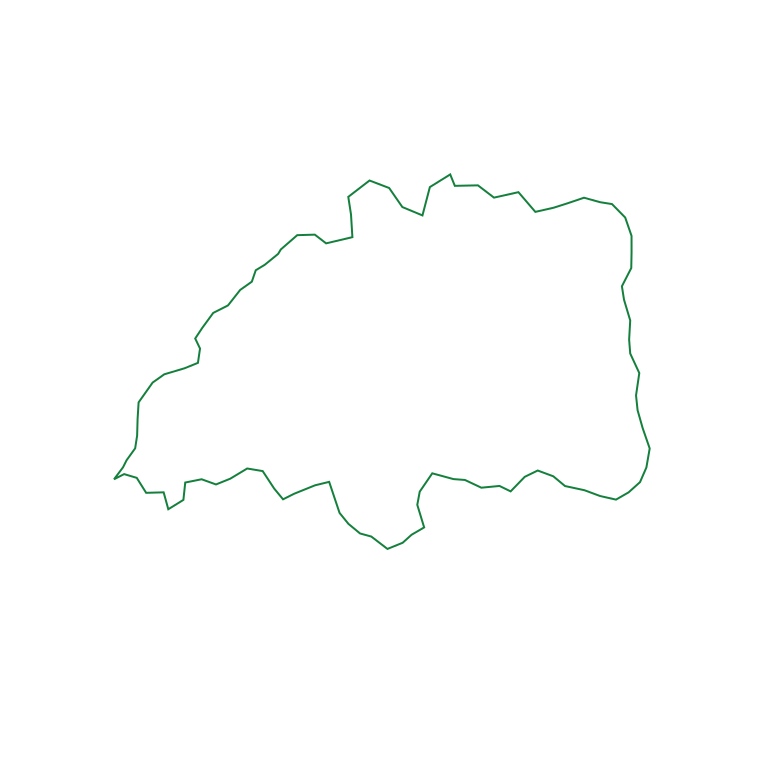 the district of Palaikythro, Cyprus, rotated 248°
{"feature_id": "46923920B63602794647925", "entity_name": "Palaikythro", "entity_type": "district", "adm_level": 2, "iso_a3": "CYP", "parent_name": "Cyprus", "parent_adm1": "", "projection": "mercator", "projection_center": [33.49, 35.188], "detail": "fine", "context": "isolated", "style": "outline", "palette": "green", "viewbox_px": 768, "rotation_deg": 248, "n_neighbors": 0, "source": "geoboundaries", "source_scale": "gbopen_adm2", "svg_char_len": 1389}
<svg xmlns="http://www.w3.org/2000/svg" viewBox="0 0 768 768"><g transform="rotate(248 384 384)"><path d="M236.0,367.5L259.5,369.6L270.8,376.8L283.1,395.3L269.8,412.8L264.7,423.1L251.4,435.4L246.2,452.9L237.0,461.2L245.2,479.7L246.2,494.1L235.0,506.4L221.6,513.6L210.4,530.1L199.1,542.5L189.9,555.8L191.9,570.2L197.1,584.6L208.3,596.0L224.7,606.2L246.2,607.3L264.7,609.3L279.0,613.4L298.5,624.8L320.0,623.7L333.3,627.9L350.7,636.1L372.2,638.1L385.5,641.2L398.9,656.7L413.2,662.8L428.6,669.0L448.0,670.0L465.4,662.8L471.6,652.5L481.8,639.2L482.8,621.7L483.9,607.3L486.9,588.8L511.5,580.5L515.6,555.8L533.0,545.5L541.2,523.9L553.5,523.9L549.4,500.3L525.9,482.8L541.2,467.3L563.8,462.2L578.1,446.8L570.9,421.0L553.5,416.9L532.0,409.7L536.1,383.0L548.4,375.8L554.5,359.3L547.4,338.7L544.3,334.6L539.2,318.1L537.5,307.7L528.4,299.8L525.1,285.9L515.3,268.8L513.9,252.3L504.1,236.5L496.9,226.0L485.8,226.7L473.3,219.4L473.3,204.9L475.3,183.9L472.0,170.0L458.9,149.6L443.8,142.4L428.7,135.8L417.6,129.2L409.7,116.7L404.5,110.8L396.8,98.0L397.8,109.3L389.6,119.6L372.2,122.7L366.1,139.1L348.7,137.1L351.7,154.6L367.1,162.8L364.0,179.2L353.8,190.6L353.8,206.0L356.9,225.5L348.7,238.9L328.2,243.0L314.9,247.2L315.9,259.5L315.9,282.1L313.8,296.5L281.1,294.5L267.7,298.6L254.4,305.8L247.3,315.1L229.8,325.4L229.8,341.8L233.9,353.1L236.0,367.5Z" fill="none" stroke="#15803d" stroke-width="2"/></g></svg>